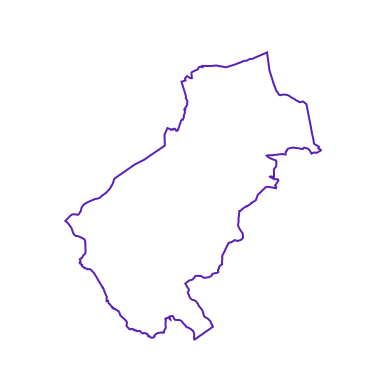 outline of Forotic, Caras-Severin, Romania, rotated 190°
{"feature_id": "2599482B22481808364653", "entity_name": "Forotic", "entity_type": "district", "adm_level": 2, "iso_a3": "ROU", "parent_name": "Romania", "parent_adm1": "Caras-Severin", "projection": "albers", "projection_center": [21.553, 45.227], "detail": "fine", "context": "isolated", "style": "outline", "palette": "violet", "viewbox_px": 384, "rotation_deg": 190, "n_neighbors": 0, "source": "geoboundaries", "source_scale": "gbopen_adm2", "svg_char_len": 5904}
<svg xmlns="http://www.w3.org/2000/svg" viewBox="0 0 384 384"><g transform="rotate(190 192 192)"><path d="M166.0,328.5L173.5,324.1L180.3,320.7L190.0,320.8L196.5,319.1L203.6,318.0L203.3,316.8L203.8,316.8L205.1,317.0L207.2,315.8L207.4,314.0L212.6,310.3L213.3,309.4L211.9,304.1L212.9,303.8L214.8,304.3L217.1,305.2L218.7,302.5L218.5,302.2L218.0,301.5L217.7,300.7L221.5,298.8L214.6,285.3L214.4,283.4L212.4,280.8L212.2,279.5L212.1,278.0L211.9,277.7L213.0,273.4L213.3,273.6L213.8,272.5L213.6,272.4L213.7,271.7L212.9,271.2L213.2,270.6L212.8,268.3L213.4,265.8L213.2,265.1L213.0,264.1L213.6,261.6L214.4,261.6L214.4,261.4L215.1,260.5L216.6,250.8L217.0,249.9L218.3,249.6L218.7,250.0L218.8,250.6L220.2,251.4L220.9,251.0L221.4,250.8L221.6,250.0L222.5,250.1L222.5,249.9L223.5,249.6L224.3,250.1L227.3,250.7L229.0,243.4L226.8,233.0L234.8,225.2L239.1,221.1L244.3,215.8L253.0,209.3L270.8,191.6L271.5,186.4L273.5,180.9L276.4,176.4L280.3,172.4L281.6,170.4L283.4,169.3L286.4,168.2L292.9,163.9L296.3,161.0L298.0,157.7L298.2,153.9L299.8,150.1L301.1,149.6L303.2,149.8L306.1,149.1L307.5,147.7L311.7,141.5L308.9,139.9L304.5,135.7L301.6,130.5L299.7,128.9L298.1,128.5L296.9,128.8L295.0,128.4L290.0,126.9L288.9,125.7L288.1,122.8L287.5,119.8L286.9,116.8L286.3,113.6L286.4,113.1L286.6,112.6L286.8,112.2L287.1,111.8L287.9,111.0L288.7,108.7L289.0,108.0L290.8,106.3L290.2,105.5L290.1,105.0L290.1,104.2L289.6,104.0L289.5,103.8L290.4,102.8L290.1,102.4L289.5,101.9L288.5,101.6L287.6,101.2L287.8,100.5L287.7,100.1L287.3,99.8L286.9,99.7L286.3,99.5L285.8,99.2L285.4,99.1L284.7,98.8L284.6,98.4L284.1,98.3L283.7,98.3L283.3,98.4L283.0,98.4L282.2,98.2L281.7,97.7L281.2,97.8L280.4,98.0L280.0,98.3L279.2,98.3L277.7,97.6L274.4,95.2L264.3,83.4L263.4,82.2L263.0,82.3L260.0,77.3L257.6,73.8L257.7,71.9L257.3,71.1L257.2,69.8L255.8,70.3L255.7,69.5L254.7,68.1L251.8,65.8L250.8,65.2L250.6,64.8L250.6,64.3L249.5,63.7L249.2,64.0L248.9,63.6L248.4,63.5L248.3,63.4L248.0,63.6L247.6,63.3L247.3,63.4L245.4,62.6L245.0,62.3L243.8,62.0L242.7,60.9L242.1,59.7L240.9,57.8L235.9,54.7L233.8,53.0L233.3,51.6L233.4,49.8L233.2,48.8L231.8,47.5L230.6,46.7L230.0,46.1L229.1,46.1L228.5,46.2L227.8,46.7L226.5,46.8L226.4,46.5L225.9,46.2L225.6,46.1L224.9,46.2L224.2,45.8L223.8,45.9L223.7,46.1L223.1,46.1L222.8,45.6L221.6,45.4L221.0,45.5L220.2,46.0L219.7,46.0L218.6,45.9L217.7,44.9L216.0,44.2L215.1,44.4L215.0,44.7L213.1,44.9L212.0,44.4L211.2,44.3L210.8,43.9L210.6,43.4L210.6,42.7L210.4,42.5L208.7,42.5L208.6,42.1L208.3,42.0L207.7,41.6L206.9,41.5L206.0,41.8L205.2,41.9L204.2,42.3L203.8,43.5L204.0,43.8L203.8,44.8L202.2,46.5L201.0,47.3L197.9,48.3L197.1,48.6L196.7,48.3L196.3,48.2L195.7,48.7L195.3,48.7L195.1,48.9L195.2,50.0L195.2,51.5L194.7,52.4L194.2,53.8L195.1,56.7L195.6,60.5L195.5,61.6L196.0,61.9L196.2,62.1L196.2,62.6L196.0,62.8L195.4,63.2L195.2,63.2L193.5,64.3L193.2,64.4L192.1,63.2L191.3,62.8L192.1,64.5L192.5,65.5L191.6,65.9L189.7,66.4L189.1,66.4L187.6,64.1L186.5,63.2L184.9,63.3L183.1,63.6L181.1,63.6L179.6,62.9L177.8,61.1L175.8,59.7L174.0,58.1L171.4,57.6L169.0,56.7L166.8,55.3L165.5,53.5L164.9,51.3L164.7,48.8L164.1,46.4L164.1,46.8L159.1,51.9L156.9,53.9L154.5,56.5L148.0,62.9L151.6,67.9L152.2,68.5L154.6,70.1L155.2,70.3L158.1,71.4L158.6,72.0L160.7,76.3L161.4,77.4L163.1,79.0L165.6,81.1L165.9,81.5L166.9,83.1L167.4,83.4L167.8,83.8L168.9,85.0L170.2,85.5L171.0,85.8L171.7,85.9L172.6,85.8L173.7,86.1L174.7,86.7L176.2,88.2L176.6,88.8L176.9,89.6L177.1,90.1L177.9,91.0L178.5,91.5L178.7,91.9L178.7,92.3L178.6,92.9L178.0,94.7L178.0,95.0L178.1,95.4L178.3,95.7L180.2,97.6L182.1,100.0L182.7,100.7L179.3,104.5L177.4,105.2L176.7,105.7L176.3,105.9L175.8,106.6L175.2,107.6L174.9,108.0L174.7,108.3L174.4,109.5L174.2,109.7L173.8,109.9L173.2,110.1L171.7,110.5L171.0,110.6L169.8,110.6L168.8,110.8L168.4,110.8L168.1,110.7L165.7,109.6L165.0,109.6L163.3,110.1L160.7,111.0L160.3,111.2L158.7,112.4L158.4,112.7L158.1,113.3L158.1,114.0L158.0,114.4L157.6,114.9L156.6,115.4L155.2,116.1L153.3,116.7L152.4,117.3L152.2,117.6L152.2,117.9L152.8,119.2L152.9,119.7L152.2,121.4L152.2,121.6L152.4,122.2L152.3,122.7L152.1,123.2L151.7,123.7L151.5,124.5L151.2,124.6L149.9,125.8L149.7,126.2L149.8,126.5L150.1,127.1L150.3,127.5L150.5,131.4L150.7,132.3L151.2,133.8L150.9,134.6L150.9,134.9L151.0,135.6L150.9,135.7L150.5,136.4L148.0,145.3L147.0,148.4L144.5,149.4L142.1,151.5L141.9,151.8L141.5,152.1L139.0,151.7L138.2,151.8L137.0,152.6L135.9,153.1L135.4,153.4L133.9,155.5L134.0,156.9L135.0,160.1L138.3,163.4L140.9,167.0L141.0,171.3L141.5,173.4L141.9,180.3L142.1,181.5L141.6,181.6L141.5,181.4L140.3,183.0L138.1,185.4L136.0,187.5L135.7,187.2L135.1,187.7L133.8,188.9L131.8,191.0L131.8,191.4L130.5,192.4L127.7,195.0L126.7,200.6L120.0,209.8L118.5,210.2L115.9,210.4L110.0,210.3L109.9,211.6L111.1,212.5L111.2,213.3L110.6,214.2L108.9,218.4L109.7,219.4L113.7,218.9L114.6,219.4L116.0,220.0L117.5,220.2L117.9,220.6L117.5,221.0L113.9,221.1L114.3,223.8L115.2,228.0L115.0,229.3L113.5,231.8L114.2,236.6L114.5,236.9L114.6,237.5L115.0,237.5L115.3,237.8L116.4,238.0L117.8,238.1L121.5,239.0L122.6,239.4L124.7,240.7L123.7,241.3L118.8,242.3L109.6,245.1L106.4,245.1L106.6,248.2L105.5,249.5L105.5,250.7L104.9,251.4L100.3,253.3L95.1,253.5L90.5,253.5L89.3,255.2L85.8,254.9L83.3,253.4L81.0,250.6L79.0,251.9L77.6,252.3L76.2,252.1L75.7,252.4L74.5,253.5L73.6,254.2L72.6,255.0L72.3,255.8L75.3,257.0L74.8,258.6L79.8,260.5L80.1,260.8L80.3,261.1L80.7,262.1L81.5,264.6L82.8,267.7L84.4,271.6L87.2,279.3L89.0,283.8L94.2,297.5L94.4,298.1L94.5,298.2L94.9,298.5L98.2,300.4L98.4,300.4L100.3,299.6L101.8,299.1L103.1,299.8L104.4,300.1L105.5,300.4L107.4,301.4L109.9,302.2L110.5,302.3L112.5,303.4L114.3,303.9L115.5,304.1L116.4,304.1L118.9,303.8L119.9,303.5L121.0,303.0L122.4,302.6L123.1,302.9L125.1,305.0L126.2,306.1L127.0,306.9L128.7,310.1L129.5,311.3L130.0,311.9L131.5,315.0L133.1,318.1L134.0,319.8L135.7,323.0L137.0,325.8L138.7,331.1L142.3,342.5L156.5,333.2L158.4,332.9L161.1,330.7L163.1,330.4L166.0,328.5Z" fill="none" stroke="#5b21b6" stroke-width="2"/></g></svg>